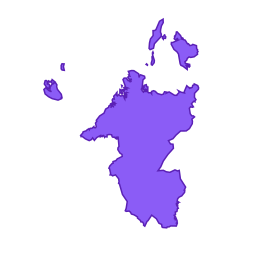 Minahasa Utara, Sulawesi Utara, Indonesia, rotated 353°
{"feature_id": "22746128B90516172699691", "entity_name": "Minahasa Utara", "entity_type": "district", "adm_level": 2, "iso_a3": "IDN", "parent_name": "Indonesia", "parent_adm1": "Sulawesi Utara", "projection": "mercator", "projection_center": [124.995, 1.587], "detail": "fine", "context": "isolated", "style": "filled", "palette": "violet", "viewbox_px": 256, "rotation_deg": 353, "n_neighbors": 0, "source": "geoboundaries", "source_scale": "gbopen_adm2", "svg_char_len": 5807}
<svg xmlns="http://www.w3.org/2000/svg" viewBox="0 0 256 256"><g transform="rotate(353 128 128)"><path d="M195.4,125.1L194.5,124.0L192.8,123.7L191.5,121.5L191.3,115.9L192.7,114.6L194.4,115.3L195.5,115.0L193.9,111.7L196.5,109.5L197.7,110.2L197.8,109.2L198.9,108.2L197.7,105.7L198.3,101.7L202.6,98.1L203.0,96.7L202.4,94.4L199.1,92.3L198.8,93.2L197.4,93.6L196.7,95.5L195.0,96.0L194.5,95.5L194.0,96.1L191.5,93.2L188.2,98.9L188.4,100.1L185.0,98.9L182.6,97.2L183.3,98.7L180.5,101.1L180.3,102.1L180.2,101.5L178.2,101.2L173.2,97.2L170.7,97.9L171.3,97.3L168.7,96.5L167.2,98.7L165.2,99.0L161.5,97.4L159.5,94.9L157.9,94.1L155.8,94.6L155.6,96.9L155.0,95.8L152.6,95.5L152.2,94.6L150.7,93.9L149.4,93.9L147.9,93.4L147.7,93.5L147.8,94.2L147.7,94.3L146.5,92.6L146.7,91.1L146.1,90.9L146.9,89.8L148.7,82.1L150.9,80.5L150.7,78.6L146.9,76.7L146.1,77.1L145.2,79.2L145.2,75.5L140.8,71.8L138.6,71.4L135.2,71.8L135.9,73.8L135.6,75.3L136.3,76.1L135.5,75.8L136.0,76.7L135.2,76.5L134.0,77.6L135.3,80.0L137.1,79.9L137.2,80.5L136.2,80.9L136.6,82.2L135.7,82.4L134.8,81.2L133.9,81.0L132.3,78.2L130.2,78.0L128.9,79.3L130.7,87.5L129.9,86.9L129.0,87.3L130.2,88.2L131.2,87.8L132.0,87.9L132.5,88.2L131.3,88.2L131.5,89.7L129.7,89.1L129.1,89.9L128.8,88.8L127.1,89.4L129.3,93.4L130.8,92.4L131.3,92.7L130.6,92.7L130.1,93.8L130.6,94.6L129.7,94.4L130.5,97.0L129.6,98.0L130.0,96.4L128.6,94.3L128.6,96.4L128.4,96.7L128.1,96.8L126.9,95.1L124.5,95.4L122.8,93.7L121.5,94.9L120.9,94.5L121.4,91.3L120.6,92.0L120.2,93.4L119.7,93.1L117.7,94.7L117.9,97.6L116.5,97.2L115.7,98.3L116.1,101.2L117.9,100.9L118.6,101.2L117.8,101.0L117.2,101.8L118.1,102.2L117.1,102.4L118.3,104.1L116.0,102.1L115.3,103.5L114.5,103.6L116.0,104.5L116.3,105.8L115.9,104.7L114.7,104.1L113.3,105.8L115.0,102.4L114.7,101.5L113.6,101.9L113.3,102.9L111.6,103.9L111.3,105.1L108.1,106.5L106.0,110.3L101.3,112.6L97.5,116.5L97.8,117.6L96.3,119.2L96.7,122.7L95.5,124.3L95.6,123.7L94.4,123.5L94.3,122.4L92.1,124.0L90.5,123.7L89.9,124.4L89.3,124.1L89.2,124.7L88.9,124.2L87.5,124.6L86.1,125.7L83.0,126.3L82.4,127.6L80.0,129.6L80.3,130.5L80.6,129.9L84.4,133.6L88.0,135.8L90.4,135.0L91.7,133.5L93.1,136.2L95.9,133.6L99.8,132.1L99.5,133.4L101.4,132.6L101.5,133.3L102.9,132.5L103.6,134.3L103.9,133.8L106.1,134.3L106.4,132.4L108.3,132.1L110.9,132.7L111.2,134.7L112.0,135.4L113.1,135.3L115.2,137.5L115.7,137.5L115.3,135.7L117.1,135.9L116.8,145.2L115.6,146.5L115.3,148.3L117.0,152.0L118.8,153.5L118.8,155.5L113.6,157.3L112.0,158.9L109.0,159.5L108.9,161.2L107.9,161.3L105.4,163.4L104.1,165.6L104.7,166.2L105.2,170.8L104.5,172.4L105.9,172.6L106.8,173.6L109.9,173.0L112.5,177.2L112.6,180.2L111.9,181.7L112.7,182.6L114.4,193.3L118.3,200.9L116.4,207.5L115.2,209.8L116.0,210.5L119.0,210.6L120.2,211.9L120.9,213.8L123.4,214.9L126.6,217.4L126.4,218.5L129.1,221.4L129.3,222.7L131.1,223.2L131.9,225.1L131.6,226.4L132.7,227.5L135.6,222.9L136.5,222.5L140.9,217.4L145.1,221.5L147.1,226.3L149.6,227.8L149.7,230.4L150.4,231.0L154.3,231.8L154.8,231.0L156.9,231.1L158.4,230.4L164.0,231.2L165.3,228.6L164.6,228.2L165.3,227.8L165.4,225.9L164.7,223.3L164.0,224.2L164.1,222.5L163.0,224.4L163.4,222.0L164.1,221.6L163.2,220.2L164.6,219.7L164.7,217.2L166.4,216.8L167.2,214.1L168.1,213.8L167.2,211.3L168.3,211.8L167.1,210.3L167.8,209.7L166.2,208.9L168.5,209.0L168.8,208.1L167.9,208.3L167.8,207.8L169.4,207.8L167.9,206.6L168.7,204.2L170.4,202.8L173.1,201.9L176.3,198.8L176.8,196.7L176.2,196.5L178.0,193.7L173.8,184.9L173.7,176.3L172.0,176.7L169.5,175.3L164.1,177.1L160.6,176.1L157.9,174.3L152.5,174.1L155.8,170.5L159.0,165.1L164.4,159.1L170.6,153.7L170.7,149.6L168.2,149.0L166.6,145.5L171.3,144.1L174.8,140.9L179.8,137.4L185.4,138.0L188.9,136.1L192.3,131.6L192.8,129.1L192.5,127.0L195.4,125.1ZM127.6,97.0L128.4,97.9L128.3,98.7L127.6,97.0ZM188.4,38.5L187.7,38.6L187.0,41.1L184.9,43.0L186.0,42.5L184.7,45.0L185.7,46.1L186.9,45.9L188.3,44.8L187.7,46.2L188.8,46.8L182.7,48.6L181.5,48.4L181.1,50.1L183.2,55.6L185.9,58.4L187.1,60.7L187.6,70.7L188.2,72.3L190.1,73.4L193.9,77.1L194.1,75.0L193.3,72.9L197.5,72.6L192.8,70.8L192.6,69.2L194.5,67.9L195.4,66.1L197.3,64.9L198.8,65.6L202.3,65.4L206.0,63.3L205.9,61.4L206.8,60.8L206.3,59.5L206.6,58.8L205.8,57.7L206.0,54.6L202.5,52.9L201.4,53.6L199.5,53.7L198.2,51.7L197.3,51.7L195.5,47.8L192.5,46.4L193.5,46.3L193.6,45.7L192.5,44.9L192.2,45.3L191.4,42.6L188.4,38.5ZM65.9,86.4L62.6,80.9L62.2,78.3L62.7,76.5L61.3,73.7L59.0,75.1L57.8,75.4L55.7,78.0L55.0,80.8L56.4,82.7L54.0,81.2L52.3,79.2L51.9,77.6L49.2,79.5L49.9,84.1L52.9,87.2L56.3,89.6L62.0,91.8L65.5,90.8L65.5,89.8L66.2,89.9L65.9,86.4ZM175.8,27.7L176.1,24.2L172.3,25.9L167.7,33.8L166.3,34.5L164.7,34.4L164.2,39.3L161.1,42.4L159.7,46.2L158.6,51.6L159.5,52.9L163.0,52.0L164.5,47.6L172.0,41.2L172.5,39.0L171.9,36.8L172.4,34.2L173.7,30.6L175.8,27.7ZM53.3,74.5L53.6,71.8L52.4,70.8L51.5,71.0L50.3,74.1L52.2,77.8L53.9,79.2L55.0,78.0L55.4,75.8L54.6,74.5L53.3,74.5ZM162.4,64.3L161.5,59.2L160.5,60.2L160.3,63.3L159.0,66.4L158.9,68.0L159.7,68.6L161.9,66.4L162.4,64.3ZM151.4,87.2L149.3,87.6L148.3,89.0L149.2,89.3L147.9,90.5L148.2,91.7L150.6,91.6L152.2,93.4L152.7,89.7L151.7,89.4L151.4,87.2ZM72.4,56.6L70.3,56.2L69.3,57.7L68.9,61.2L69.6,62.4L71.8,63.0L71.4,59.2L72.4,56.6ZM58.6,74.9L61.2,73.4L58.6,70.7L57.4,73.4L58.6,74.9ZM126.8,92.9L125.8,89.3L124.7,88.7L124.2,92.2L124.8,91.8L126.1,93.6L126.8,92.9ZM175.8,40.8L175.7,39.4L175.4,40.6L173.0,41.8L173.8,43.2L176.1,43.6L176.6,42.1L175.8,40.8ZM196.0,73.3L194.8,74.2L196.2,75.0L197.0,74.1L196.0,73.3ZM56.2,72.8L55.0,71.5L54.4,72.0L54.6,72.8L56.2,72.8ZM161.3,58.3L162.3,56.7L162.0,55.5L161.4,56.4L161.3,58.3ZM150.0,93.6L150.3,93.0L149.7,92.8L148.8,93.2L150.0,93.6ZM154.3,66.6L153.7,67.1L154.9,68.1L155.1,67.8L154.3,66.6ZM127.0,86.1L127.5,85.3L126.9,84.9L127.0,86.1ZM174.1,43.6L173.5,43.6L173.9,44.2L174.1,43.6ZM56.8,72.5L57.4,72.5L57.3,72.1L56.8,72.5Z" fill="#8b5cf6" stroke="#5b21b6" stroke-width="1.5"/></g></svg>